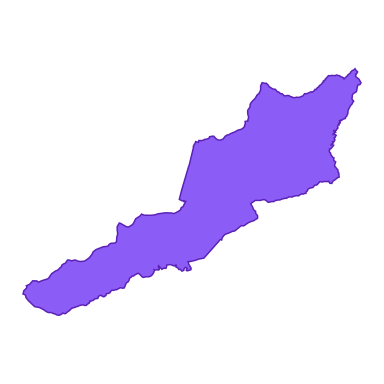 outline of Rasinari, Sibiu, Romania
{"feature_id": "2599482B32433549776599", "entity_name": "Rasinari", "entity_type": "district", "adm_level": 2, "iso_a3": "ROU", "parent_name": "Romania", "parent_adm1": "Sibiu", "projection": "equal_earth", "projection_center": [23.983, 45.649], "detail": "fine", "context": "isolated", "style": "filled", "palette": "violet", "viewbox_px": 384, "rotation_deg": 0, "n_neighbors": 0, "source": "geoboundaries", "source_scale": "gbopen_adm2", "svg_char_len": 5964}
<svg xmlns="http://www.w3.org/2000/svg" viewBox="0 0 384 384"><path d="M339.1,177.2L338.8,173.0L338.1,171.8L337.7,169.5L337.1,169.1L335.5,167.0L334.7,166.6L334.7,164.6L335.7,161.9L333.8,160.5L333.7,159.3L334.0,158.0L332.8,157.3L331.1,155.1L330.4,152.8L329.3,151.8L329.3,150.5L329.8,149.8L329.5,149.0L331.0,148.6L333.7,145.3L333.7,145.1L331.1,144.8L331.9,143.7L333.5,142.8L332.8,141.6L334.0,141.4L334.6,140.9L334.9,139.5L334.0,138.1L335.2,137.3L335.5,136.1L336.2,135.6L335.7,134.8L334.9,134.4L334.1,134.2L333.1,134.5L333.2,133.8L333.8,133.0L335.6,132.3L335.0,131.5L333.8,131.0L333.8,130.7L334.4,130.8L334.3,130.5L334.5,130.5L335.4,131.1L336.8,129.6L336.8,129.2L337.2,128.6L337.9,128.1L337.9,127.4L337.5,126.5L338.0,125.4L338.6,125.0L338.6,124.6L339.0,124.7L338.8,123.7L339.2,123.9L339.3,123.3L340.0,123.2L340.2,122.6L339.8,122.1L340.1,121.8L340.0,121.3L339.6,120.9L340.6,120.6L340.2,120.4L340.7,120.1L341.5,120.5L342.9,119.2L345.1,118.6L345.4,118.2L345.4,117.5L346.6,116.3L347.9,113.4L347.9,111.6L348.4,109.7L350.4,105.8L352.2,103.8L353.0,101.8L353.6,101.5L353.3,100.6L352.6,100.0L351.9,98.9L352.3,96.5L352.2,95.3L353.4,93.5L356.4,91.7L357.7,85.2L360.0,84.5L361.0,82.8L359.0,79.2L355.6,76.5L355.6,75.6L356.1,74.8L355.7,74.2L356.5,73.7L357.5,72.4L357.6,71.8L356.1,70.5L355.0,68.7L353.7,70.1L352.5,70.4L351.7,71.0L350.5,72.3L350.3,73.1L347.7,75.1L347.0,76.3L345.5,77.4L344.3,78.9L343.9,78.8L344.0,78.3L342.6,77.3L341.2,76.9L339.5,75.7L337.9,75.5L337.1,75.0L336.2,75.1L334.9,75.7L331.9,75.4L331.1,75.6L328.4,75.7L327.5,76.9L326.3,78.0L325.6,79.2L325.3,79.2L325.3,79.7L323.3,81.1L323.6,81.9L322.8,82.2L321.3,84.3L320.6,84.7L319.4,85.7L318.5,86.7L318.5,87.2L317.2,87.8L316.2,89.5L315.1,89.3L313.7,91.2L312.0,92.2L311.5,91.9L310.7,91.9L307.5,93.4L306.2,93.7L304.5,93.7L302.8,96.1L301.0,96.5L300.3,97.0L298.9,97.4L296.3,97.2L295.3,97.6L293.2,97.6L291.3,96.7L290.8,96.8L289.0,95.6L287.0,95.5L285.3,95.9L284.0,95.6L282.2,93.8L280.3,93.5L279.0,92.2L276.9,91.4L275.9,89.9L275.0,89.2L273.1,89.1L269.8,87.1L269.0,86.5L268.3,85.2L266.4,83.3L264.9,83.3L262.1,82.7L260.7,85.7L260.6,90.1L259.0,93.5L257.0,95.1L255.4,98.1L251.4,102.2L250.1,104.4L250.1,106.2L249.8,107.4L248.1,109.6L247.6,111.0L247.8,114.1L248.5,116.7L248.5,118.0L247.8,120.1L247.9,121.0L245.1,121.4L245.3,123.5L244.6,125.3L244.5,126.6L242.6,128.5L241.2,129.3L237.8,130.2L235.0,131.8L230.6,133.6L228.6,134.8L226.8,135.1L226.3,135.7L225.3,136.1L223.1,139.0L220.5,140.1L218.8,140.1L217.6,139.7L215.9,138.6L214.0,136.4L213.1,136.1L209.6,136.7L209.0,138.2L206.7,139.2L204.8,139.3L203.3,140.2L201.5,140.6L198.8,140.5L198.4,142.3L195.7,141.6L194.8,144.1L194.4,144.1L193.3,146.5L193.4,147.7L189.0,166.0L188.7,166.2L181.7,190.0L179.3,199.4L182.0,200.8L183.8,200.8L183.7,201.5L185.7,201.4L182.8,207.0L181.4,207.4L180.8,208.7L180.7,209.4L179.9,210.4L175.8,212.8L173.5,213.6L171.7,213.0L165.5,212.8L158.0,213.8L154.8,214.9L150.5,215.3L144.2,215.2L141.6,214.1L140.0,216.0L135.7,218.8L133.8,222.6L132.6,224.5L128.8,226.9L126.7,226.9L120.2,223.2L119.3,223.0L117.2,226.6L117.2,230.0L117.7,234.0L116.8,237.0L116.5,241.0L116.1,242.2L115.3,242.8L114.5,243.1L110.9,243.3L109.1,244.4L108.4,245.6L107.4,246.3L103.1,246.8L96.0,249.6L93.2,251.8L91.8,254.7L88.9,258.1L84.6,261.1L80.4,261.5L77.4,261.0L75.6,260.1L73.9,260.1L71.7,261.0L70.2,260.3L67.9,259.9L67.4,260.2L65.4,263.2L63.4,264.0L61.7,265.3L61.4,266.7L59.3,268.5L57.8,270.1L55.5,271.0L51.7,273.6L48.7,278.0L47.6,278.9L41.5,280.8L38.7,282.1L38.3,282.1L36.8,280.9L32.7,280.8L29.5,284.4L26.3,285.8L26.9,286.9L26.3,288.4L23.9,290.6L23.0,294.0L25.2,294.9L25.6,295.6L25.9,297.5L28.3,300.6L34.6,306.6L39.6,307.6L43.3,309.5L46.8,311.9L48.9,312.6L51.6,312.6L53.6,313.7L55.4,314.0L56.4,314.8L59.0,315.3L61.4,314.3L62.7,313.1L64.5,313.7L66.0,313.3L66.8,312.4L69.7,310.4L71.5,308.4L75.4,307.2L75.7,306.8L78.0,306.4L79.2,305.6L82.3,304.9L83.8,305.0L84.7,305.5L86.4,305.3L87.5,304.1L88.2,303.8L88.4,303.2L89.0,303.3L89.8,302.0L89.8,301.1L90.9,301.1L93.2,300.3L95.2,298.7L97.7,298.5L98.4,296.9L98.4,296.4L100.1,295.4L101.8,295.5L102.2,296.3L103.3,296.7L104.4,296.6L104.7,296.1L105.9,295.6L106.2,293.9L106.5,293.6L107.8,293.6L109.6,293.0L110.5,291.9L110.6,291.4L112.0,290.2L113.8,290.4L115.4,289.6L116.7,289.7L120.2,287.7L122.6,288.2L124.3,287.9L126.2,283.1L128.3,281.6L129.1,280.1L129.6,278.1L131.1,277.3L132.0,276.1L133.6,276.0L134.4,275.2L135.9,274.4L137.2,273.4L137.8,273.7L138.8,273.4L142.3,277.0L143.4,277.4L145.7,276.8L149.3,276.7L150.9,276.0L152.1,275.0L153.8,272.5L153.7,271.8L154.5,270.6L154.2,269.6L155.2,270.0L157.4,269.8L158.6,270.0L159.2,269.6L159.4,269.1L158.7,268.0L158.4,266.3L158.5,265.8L161.9,269.3L163.9,268.1L165.9,268.4L166.6,266.6L166.9,264.9L170.7,264.6L174.2,266.0L176.6,264.6L175.3,265.8L176.1,265.8L175.9,266.7L176.1,267.2L177.9,267.9L178.9,269.5L180.4,269.4L181.8,271.1L183.8,270.4L183.9,269.1L185.4,267.4L186.3,267.7L187.2,268.5L186.3,269.7L186.3,270.4L186.7,270.7L187.5,270.8L190.8,269.8L191.1,268.8L190.9,267.7L189.0,264.7L188.5,263.5L188.6,262.7L188.0,261.7L191.2,261.3L195.1,260.4L198.7,259.1L203.9,258.1L218.9,241.2L219.9,239.8L220.8,239.7L221.7,240.0L222.2,237.8L223.8,235.6L225.2,234.3L230.1,232.5L232.2,231.4L234.7,231.0L240.8,226.0L241.8,225.6L243.0,225.9L244.0,225.7L248.2,222.8L250.6,221.7L254.2,220.5L255.4,219.5L257.1,218.7L257.6,218.0L257.6,215.8L257.0,214.8L256.1,214.0L255.7,213.1L255.6,211.2L254.6,210.7L253.2,208.9L252.9,207.7L250.7,203.6L255.3,200.4L260.6,200.4L262.6,199.7L264.6,199.7L265.7,200.2L267.9,202.1L268.8,202.3L271.5,201.6L273.8,201.6L275.1,200.6L278.7,199.9L279.8,200.0L281.5,199.2L285.0,198.3L286.3,198.4L288.9,196.9L292.4,197.0L293.4,196.3L296.7,195.6L298.1,195.9L299.0,195.6L299.5,195.0L301.7,193.9L303.1,194.1L304.6,193.5L305.9,193.4L306.2,191.8L307.3,190.9L308.2,189.0L310.0,188.1L312.9,187.5L314.5,185.5L315.1,185.1L316.9,185.0L319.9,181.6L321.9,182.0L324.4,181.5L328.4,181.6L328.7,181.3L329.9,183.3L331.9,183.4L332.1,182.6L333.4,180.7L334.8,180.0L337.8,177.5L339.1,177.2Z" fill="#8b5cf6" stroke="#5b21b6" stroke-width="1.5"/></svg>